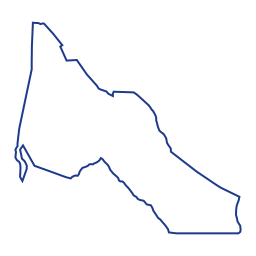 the district of Limoeiro do Norte, Ceará, Brazil
{"feature_id": "56859067B58683288686996", "entity_name": "Limoeiro do Norte", "entity_type": "district", "adm_level": 2, "iso_a3": "BRA", "parent_name": "Brazil", "parent_adm1": "Ceará", "projection": "equal_earth", "projection_center": [-38.048, -5.136], "detail": "fine", "context": "isolated", "style": "outline", "palette": "blue", "viewbox_px": 256, "rotation_deg": 0, "n_neighbors": 0, "source": "geoboundaries", "source_scale": "gbopen_adm2", "svg_char_len": 1872}
<svg xmlns="http://www.w3.org/2000/svg" viewBox="0 0 256 256"><path d="M106.4,91.5L100.9,89.6L98.7,88.6L96.9,85.7L86.8,74.4L76.8,60.0L66.6,60.6L60.3,46.6L62.3,45.2L53.2,33.8L43.9,23.5L42.4,23.5L40.5,24.1L38.3,23.0L36.8,23.0L35.0,22.9L32.9,22.7L31.9,46.3L31.7,62.1L31.7,69.4L23.4,108.8L19.2,128.8L17.5,143.5L17.5,146.3L16.3,148.0L15.4,149.8L16.0,152.1L15.7,154.6L15.4,157.4L16.6,159.7L17.9,161.0L19.2,161.8L20.1,163.8L20.5,167.3L20.1,177.0L22.4,181.0L26.7,169.0L26.8,165.8L25.6,163.0L24.4,160.9L22.0,158.7L20.1,149.6L23.0,145.4L34.5,165.8L55.1,173.2L62.1,175.8L66.7,177.4L70.7,178.4L72.3,176.8L74.1,175.9L75.6,175.5L77.6,175.8L78.8,174.3L79.7,171.6L81.1,169.5L82.6,167.8L84.9,167.1L87.6,166.0L89.3,164.4L91.2,164.1L92.9,164.4L94.1,163.4L95.8,162.8L97.7,161.8L99.5,160.3L100.8,158.1L102.5,159.1L104.4,161.6L106.5,163.7L107.8,165.0L109.0,166.9L110.2,169.8L113.4,173.7L115.7,175.6L117.0,176.8L118.3,178.2L118.9,180.4L120.3,181.4L122.5,181.5L124.1,182.9L125.4,184.8L126.7,186.3L128.3,187.9L130.1,190.2L131.1,191.6L132.2,193.0L133.3,194.9L134.5,196.0L136.1,196.7L137.9,199.0L139.8,199.9L141.5,200.3L143.6,200.7L145.2,202.5L146.7,204.4L148.5,204.8L151.0,205.4L152.7,208.6L153.3,210.7L156.7,215.7L158.0,217.8L160.3,219.5L162.5,222.2L164.3,224.2L166.1,226.5L168.1,229.4L168.9,232.4L176.0,233.3L238.5,233.3L240.3,231.8L240.6,229.5L240.2,225.7L238.3,222.8L237.4,221.0L237.0,218.7L236.0,214.8L236.2,209.2L236.7,205.7L238.7,200.2L239.4,196.8L220.6,187.6L216.2,184.8L196.8,171.7L171.0,151.8L170.7,148.4L168.5,145.3L167.1,143.1L166.7,141.3L166.3,138.7L165.3,136.7L163.9,134.4L162.6,133.2L161.1,132.2L159.3,130.5L158.3,127.9L157.6,125.7L157.1,123.4L156.2,120.4L156.2,117.7L155.3,115.0L154.2,113.1L153.2,111.2L151.6,109.5L150.1,107.1L148.6,105.2L137.6,95.2L136.1,94.0L133.7,92.4L113.7,91.7L112.8,93.8L112.9,96.0L108.4,93.8L106.4,91.5Z" fill="none" stroke="#1e3a8a" stroke-width="2"/></svg>